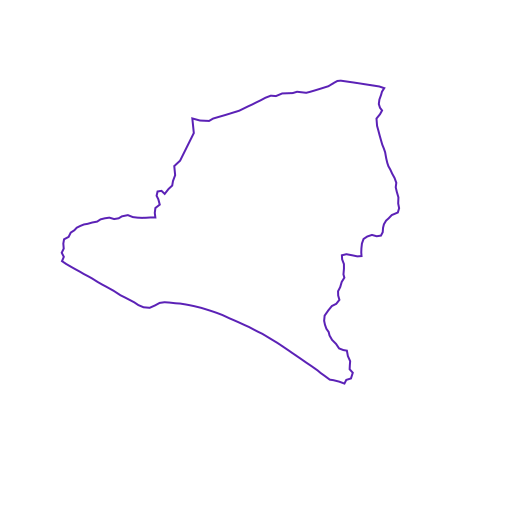 outline of Aquiraz, Ceará, Brazil, rotated 158°
{"feature_id": "56859067B18185438473519", "entity_name": "Aquiraz", "entity_type": "district", "adm_level": 2, "iso_a3": "BRA", "parent_name": "Brazil", "parent_adm1": "Ceará", "projection": "mercator", "projection_center": [-38.388, -3.948], "detail": "fine", "context": "isolated", "style": "outline", "palette": "violet", "viewbox_px": 512, "rotation_deg": 158, "n_neighbors": 0, "source": "geoboundaries", "source_scale": "gbopen_adm2", "svg_char_len": 2626}
<svg xmlns="http://www.w3.org/2000/svg" viewBox="0 0 512 512"><g transform="rotate(158 256 256)"><path d="M230.8,111.9L226.0,108.4L221.8,104.6L218.7,107.3L213.8,106.9L210.0,111.5L211.6,115.9L209.9,119.6L208.1,123.2L208.3,128.8L207.2,134.2L210.3,136.1L213.6,139.2L214.7,144.5L216.9,149.7L217.6,154.7L217.1,158.3L218.0,162.2L217.8,166.5L217.1,170.4L214.7,175.0L209.3,178.5L204.4,181.2L199.5,181.6L195.1,184.1L194.6,188.6L193.1,192.6L189.6,195.6L186.2,199.9L182.2,202.8L181.8,206.2L179.2,211.3L177.5,215.6L177.4,220.6L176.1,224.5L171.5,223.8L166.2,220.4L162.2,217.7L158.2,216.4L157.1,219.8L155.4,223.6L153.1,227.9L149.9,231.5L145.5,232.4L140.6,232.1L136.7,229.1L132.5,228.1L129.6,230.6L127.6,234.6L125.5,237.5L122.1,240.1L119.0,241.2L114.8,243.1L108.2,243.2L105.4,246.7L104.5,251.4L102.0,257.0L101.4,262.9L100.7,267.4L98.5,271.3L98.3,276.4L98.9,281.4L99.1,285.8L99.6,289.6L99.4,293.1L98.7,297.7L97.4,303.9L97.2,307.8L97.2,312.0L96.8,315.9L96.2,321.4L95.5,326.9L95.0,331.3L92.8,338.3L87.9,341.0L84.6,343.7L85.5,347.0L85.2,350.9L83.0,354.8L79.7,358.5L77.6,361.2L74.2,363.6L78.2,367.0L100.5,380.3L111.7,386.8L115.0,387.8L118.4,387.4L125.3,386.3L134.0,387.0L139.7,387.5L144.7,388.0L148.3,388.5L156.4,392.9L160.9,393.3L170.8,396.9L177.6,396.8L182.2,399.1L188.0,399.2L193.5,398.6L198.3,398.3L202.8,397.9L207.5,397.7L217.1,397.0L231.4,398.2L239.2,399.0L244.3,399.5L248.9,398.8L253.3,400.8L257.2,402.6L263.5,407.4L267.6,393.3L290.7,372.8L298.1,370.0L300.7,361.2L304.9,356.6L307.3,352.7L312.0,350.9L317.4,347.8L319.2,351.8L323.1,352.7L325.6,349.1L325.3,345.2L326.0,339.7L331.3,338.2L333.7,333.9L334.9,329.4L339.5,331.3L343.5,332.6L347.5,334.1L351.4,335.9L355.6,338.2L359.5,341.9L365.5,343.0L369.2,342.4L373.7,343.4L377.6,346.5L382.1,347.6L386.4,348.2L390.4,347.4L395.3,348.4L400.1,348.9L403.7,349.7L407.6,349.7L411.6,349.4L414.8,347.9L419.0,347.1L422.6,343.9L427.7,343.4L430.0,339.7L431.5,334.9L434.9,331.8L434.5,327.2L437.8,323.9L435.0,319.7L431.4,315.1L428.6,311.6L425.3,307.6L422.4,303.8L418.9,299.7L416.4,296.6L412.6,291.3L409.2,287.0L406.5,283.8L401.0,277.0L396.4,270.4L393.1,266.7L388.4,261.2L386.2,258.6L383.5,254.6L379.5,250.6L374.0,247.8L368.2,248.0L362.9,248.6L358.1,247.4L353.6,245.2L348.3,242.3L344.1,240.3L339.5,237.5L336.2,235.4L332.3,232.8L326.3,228.5L323.1,225.9L319.2,222.7L315.9,219.9L313.4,217.7L309.3,213.9L306.4,210.8L304.0,208.2L300.7,204.9L297.0,201.1L292.3,196.1L289.1,192.8L285.6,188.6L282.6,185.1L279.3,181.5L268.5,167.1L264.7,161.5L260.8,155.7L258.8,152.6L253.5,144.7L249.6,138.7L246.2,133.7L241.8,126.9L239.9,123.3L237.4,119.4L233.9,113.7L230.8,111.9Z" fill="none" stroke="#5b21b6" stroke-width="2"/></g></svg>